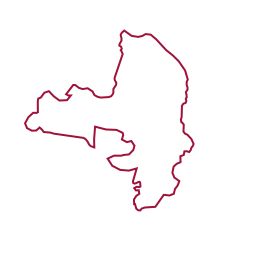 the border of Jász-Nagykun-Szolnok, rotated 323°
{"feature_id": "HUN-3175", "entity_name": "Jász-Nagykun-Szolnok", "entity_type": "County", "adm_level": 1, "iso_a3": "HUN", "parent_name": "Hungary", "parent_adm1": "", "projection": "albers", "projection_center": [20.367, 47.222], "detail": "fine", "context": "isolated", "style": "outline", "palette": "rose", "viewbox_px": 256, "rotation_deg": 323, "n_neighbors": 0, "source": "natural_earth", "source_scale": "10m", "svg_char_len": 2006}
<svg xmlns="http://www.w3.org/2000/svg" viewBox="0 0 256 256"><g transform="rotate(323 128 128)"><path d="M178.3,49.1L180.3,48.2L183.6,47.9L186.4,56.7L191.0,61.4L194.8,63.1L198.6,63.6L202.3,67.1L203.9,74.1L205.4,88.9L207.5,97.1L208.7,105.4L208.2,116.5L204.9,125.3L202.6,126.5L200.8,128.9L200.0,131.3L198.7,133.1L195.8,134.2L194.8,136.5L193.5,138.7L191.8,139.4L190.8,141.6L189.1,142.6L186.7,141.9L184.4,142.8L177.2,151.8L175.3,153.1L174.1,155.5L174.5,156.5L174.6,158.8L170.1,164.3L170.2,167.0L171.4,169.2L172.0,174.9L170.8,180.2L168.9,181.4L167.0,181.8L164.7,183.4L162.4,184.0L160.9,181.9L159.0,180.6L156.3,183.1L152.8,182.1L149.4,186.9L145.4,185.9L141.2,186.3L136.5,190.5L135.2,195.5L137.0,201.3L133.0,203.8L128.8,205.0L125.0,208.1L120.6,206.9L116.3,202.9L102.4,207.4L93.7,201.7L90.5,200.6L88.2,201.2L86.6,199.8L86.1,197.4L87.8,192.9L87.1,192.5L89.7,188.7L93.8,187.2L97.4,187.4L99.1,184.2L96.8,182.7L96.8,179.8L99.4,180.1L101.6,182.0L102.7,182.2L104.8,179.0L104.8,177.9L103.5,177.3L101.6,177.0L99.8,176.4L99.1,175.0L99.8,173.6L104.0,170.5L110.6,165.5L103.1,162.6L96.5,156.7L92.7,148.7L93.3,140.2L100.2,141.7L106.2,146.2L107.8,146.7L109.6,147.7L112.9,149.7L118.9,148.8L122.5,146.1L122.8,140.4L118.6,138.6L116.2,133.5L119.9,130.8L120.8,128.6L117.7,122.6L109.6,116.0L102.5,107.1L94.0,116.8L89.4,123.2L87.3,120.0L87.0,117.5L87.5,114.9L87.5,111.7L86.6,109.2L65.4,87.9L63.2,84.9L58.3,80.5L58.3,77.6L57.7,74.4L53.3,74.8L49.6,72.3L47.3,67.4L48.6,62.3L55.0,59.4L61.4,58.8L64.1,60.9L65.5,61.2L72.0,52.4L74.0,50.5L76.7,51.2L82.4,49.5L87.0,51.0L87.8,58.1L89.8,64.8L96.1,69.1L101.9,67.6L100.0,66.2L98.9,63.8L110.1,60.7L111.7,61.9L113.0,66.5L115.2,69.6L119.7,72.0L121.7,77.5L121.0,81.4L122.3,84.5L124.4,87.2L131.2,91.7L133.8,92.5L136.7,91.6L137.8,90.7L139.3,88.7L139.9,88.0L144.2,86.5L145.8,85.0L146.4,81.4L147.5,79.9L168.3,65.7L169.0,62.6L169.0,61.5L170.1,61.3L170.7,60.9L171.0,60.1L171.4,59.0L170.7,56.9L171.9,55.8L175.4,54.3L177.0,52.1L177.6,50.4L178.3,49.1Z" fill="none" stroke="#9f1239" stroke-width="2"/></g></svg>